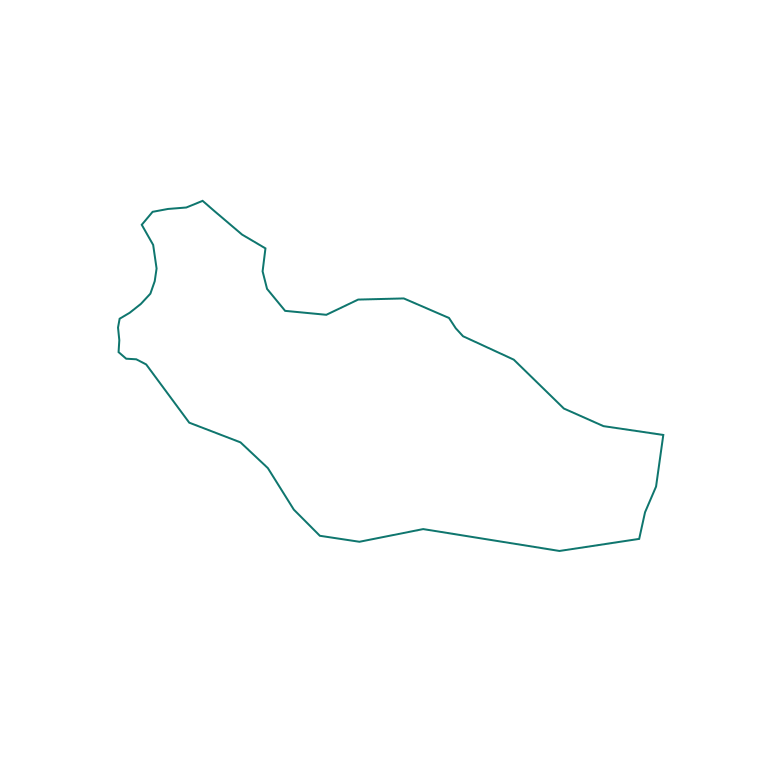 map outline of Nakaseke (Albers equal-area conic projection), rotated 144°
{"feature_id": "UGA-3095", "entity_name": "Nakaseke", "entity_type": "District", "adm_level": 1, "iso_a3": "UGA", "parent_name": "Uganda", "parent_adm1": "", "projection": "albers", "projection_center": [32.236, 1.008], "detail": "fine", "context": "isolated", "style": "outline", "palette": "teal", "viewbox_px": 768, "rotation_deg": 144, "n_neighbors": 0, "source": "natural_earth", "source_scale": "10m", "svg_char_len": 718}
<svg xmlns="http://www.w3.org/2000/svg" viewBox="0 0 768 768"><g transform="rotate(144 384 384)"><path d="M400.2,563.4L416.0,546.5L422.7,529.7L421.0,501.3L390.0,473.9L355.3,467.5L317.7,441.6L292.6,399.2L293.2,386.9L292.0,376.2L264.7,327.4L252.9,258.4L231.2,220.9L188.0,178.6L224.2,141.1L248.2,126.8L268.6,108.7L340.2,145.8L437.6,243.6L496.6,270.8L525.1,298.9L530.8,335.4L527.4,384.2L534.4,421.1L564.3,467.2L564.9,539.6L569.9,549.6L577.7,556.0L580.0,565.8L572.4,575.0L566.0,586.0L559.5,592.2L547.9,591.1L533.6,591.7L519.9,594.4L509.1,601.9L500.1,611.1L489.0,632.2L486.4,655.2L470.0,659.3L455.9,652.6L440.2,643.0L423.1,638.8L419.4,622.9L411.0,588.3L400.2,563.4Z" fill="none" stroke="#0f766e" stroke-width="2"/></g></svg>